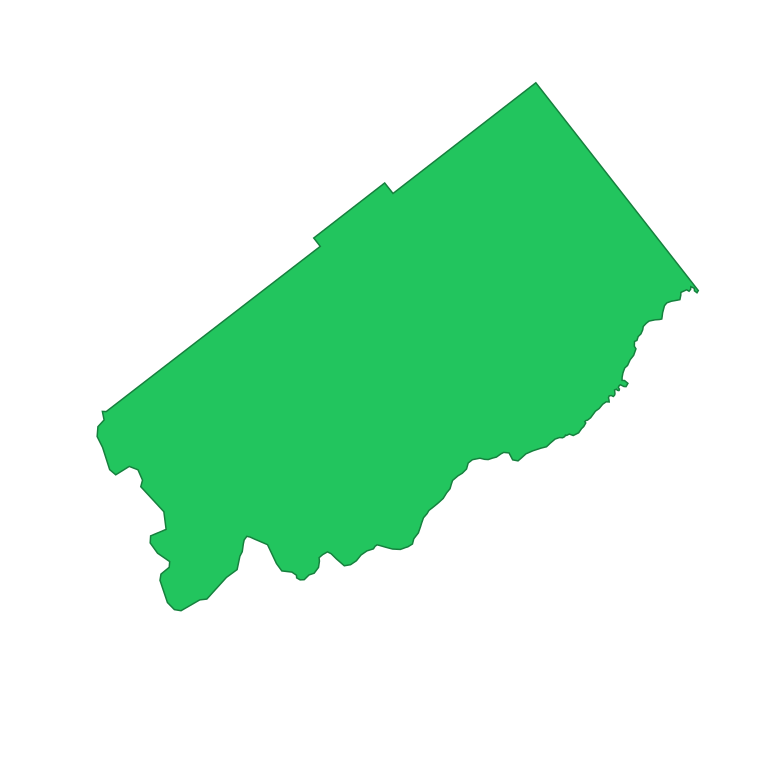 the district of Ferry, Washington, United States of America, rotated 52°
{"feature_id": "52423323B81740617288229", "entity_name": "Ferry", "entity_type": "district", "adm_level": 2, "iso_a3": "USA", "parent_name": "United States of America", "parent_adm1": "Washington", "projection": "robinson", "projection_center": [-118.263, 48.416], "detail": "fine", "context": "isolated", "style": "filled", "palette": "green", "viewbox_px": 768, "rotation_deg": 52, "n_neighbors": 0, "source": "geoboundaries", "source_scale": "gbopen_adm2", "svg_char_len": 2497}
<svg xmlns="http://www.w3.org/2000/svg" viewBox="0 0 768 768"><g transform="rotate(52 384 384)"><path d="M240.1,78.9L239.4,259.6L226.0,259.7L225.7,349.5L236.3,349.5L234.7,619.9L232.2,622.8L240.0,626.7L241.5,635.7L248.8,642.4L260.7,644.8L282.6,652.9L290.4,651.3L292.1,635.5L300.1,630.7L311.1,633.5L315.2,638.9L349.1,636.1L364.4,645.2L360.0,661.4L365.3,666.1L377.9,666.6L392.0,662.2L396.2,666.1L396.5,676.8L400.8,681.4L422.9,689.2L432.7,688.1L437.7,683.5L440.7,662.1L444.4,656.0L443.3,649.7L439.4,627.2L439.8,614.0L431.0,603.6L428.9,599.0L427.2,597.2L423.5,593.4L420.8,590.2L419.6,585.9L422.1,583.8L426.9,581.3L430.3,579.4L438.9,574.7L459.3,579.3L468.4,579.6L475.5,572.4L480.8,570.7L483.0,572.2L486.7,570.7L489.1,567.3L488.3,560.6L490.1,555.5L488.2,548.5L483.8,543.9L480.9,542.1L480.7,537.3L481.5,531.9L485.3,530.1L492.5,529.2L502.8,527.2L505.8,521.6L506.3,514.6L504.6,507.4L505.0,500.2L507.4,493.8L506.4,491.0L506.5,488.5L508.5,486.9L513.6,483.2L519.3,478.9L524.4,473.0L525.6,469.4L526.0,468.0L527.0,465.5L527.6,460.1L524.3,455.8L522.5,448.6L518.8,442.9L516.7,439.9L513.7,435.2L512.7,430.0L511.3,426.4L511.3,420.5L511.1,413.9L510.6,407.8L508.3,401.5L507.2,396.5L504.6,392.9L502.2,389.3L501.9,382.3L502.5,377.2L501.8,371.3L498.1,366.3L498.1,360.9L501.5,354.1L505.2,351.2L507.7,348.4L509.2,344.1L510.8,340.4L511.0,335.1L511.6,331.8L515.3,327.9L519.1,328.6L523.0,329.3L527.1,325.7L526.9,321.6L526.4,315.2L528.3,307.8L531.1,300.0L533.5,294.6L533.0,289.6L532.7,283.2L534.2,278.7L536.3,276.4L536.7,274.3L536.5,273.3L536.0,272.5L537.0,271.7L537.5,268.8L541.1,266.6L542.3,260.7L540.8,255.8L540.5,252.8L538.9,249.0L537.3,249.0L537.1,247.5L537.8,245.8L537.8,241.9L535.6,234.1L535.8,229.6L534.6,224.2L534.8,219.9L536.8,217.6L534.7,216.3L533.0,215.6L532.0,213.8L533.0,212.0L535.0,211.0L534.8,209.3L534.0,208.1L532.3,207.0L530.6,206.0L531.2,204.0L532.6,204.0L533.8,203.0L533.7,202.4L532.9,201.6L532.5,201.7L530.9,201.4L530.2,200.0L530.1,198.2L533.7,196.5L535.1,194.9L534.1,192.4L533.7,191.4L529.4,192.3L527.7,194.2L525.4,192.3L522.4,188.9L519.6,184.5L519.3,180.6L516.4,175.0L515.1,169.6L511.4,163.8L508.4,163.5L504.7,160.4L505.4,157.9L503.1,154.5L502.7,150.7L500.6,146.8L498.3,144.3L497.6,139.9L497.6,136.4L500.3,130.9L502.8,127.2L503.8,125.1L502.3,123.5L499.4,120.6L495.0,114.8L494.2,111.2L495.7,106.6L498.4,101.5L499.7,98.9L496.8,95.5L494.6,93.7L496.1,87.5L498.7,86.5L498.2,84.1L496.2,82.3L499.6,80.6L501.7,82.0L504.8,81.2L503.9,78.8L240.1,78.9Z" fill="#22c55e" stroke="#15803d" stroke-width="1.5"/></g></svg>